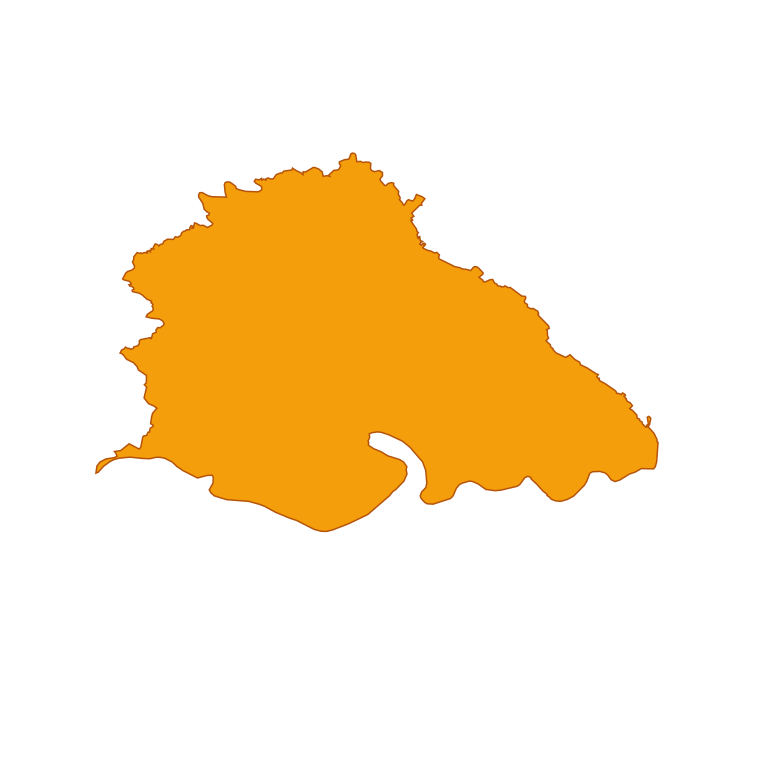 Magura, Khulna, Bangladesh, rotated 114°
{"feature_id": "16705992B78415132034426", "entity_name": "Magura", "entity_type": "district", "adm_level": 2, "iso_a3": "BGD", "parent_name": "Bangladesh", "parent_adm1": "Khulna", "projection": "equal_earth", "projection_center": [89.424, 23.47], "detail": "fine", "context": "isolated", "style": "filled", "palette": "amber", "viewbox_px": 768, "rotation_deg": 114, "n_neighbors": 0, "source": "geoboundaries", "source_scale": "gbopen_adm2", "svg_char_len": 6171}
<svg xmlns="http://www.w3.org/2000/svg" viewBox="0 0 768 768"><g transform="rotate(114 384 384)"><path d="M436.2,238.9L433.1,233.6L423.3,220.8L420.7,219.1L412.2,217.2L409.8,215.0L409.6,211.8L410.8,211.2L413.3,203.9L417.2,195.1L418.5,189.9L419.5,189.8L420.2,186.3L421.2,184.6L421.0,179.9L419.3,174.8L414.7,169.4L409.1,165.1L395.1,159.8L390.6,159.2L381.8,159.7L379.3,157.8L376.1,151.3L375.3,146.0L376.2,142.6L379.1,137.5L379.1,133.2L375.8,129.5L366.6,123.3L362.2,118.6L356.6,114.5L351.9,103.2L349.3,102.5L344.1,103.3L325.9,109.9L325.8,110.9L323.5,112.2L319.3,117.2L315.5,125.5L313.0,124.9L306.9,126.3L306.2,127.4L305.9,129.0L307.3,130.0L313.2,126.1L314.9,127.3L316.5,126.6L317.0,127.1L315.3,131.8L313.8,132.7L313.5,135.4L312.1,136.3L312.3,138.8L309.6,140.3L307.1,146.1L306.6,149.5L302.8,148.2L300.9,151.7L301.0,154.3L299.7,156.4L298.9,156.6L297.6,159.8L296.2,158.8L295.5,159.5L295.1,162.5L297.2,163.0L297.1,165.2L297.8,167.8L296.5,168.9L295.8,170.9L293.8,181.7L293.2,188.7L291.2,189.6L291.8,190.6L290.7,192.5L288.2,192.1L288.4,194.3L286.7,204.9L286.5,212.3L284.5,214.1L284.0,219.5L281.6,225.9L285.8,228.9L285.6,239.5L284.0,243.4L283.1,243.8L282.1,247.1L280.5,247.9L278.7,253.5L275.2,252.3L273.2,254.4L268.8,256.5L268.1,257.6L265.9,255.7L264.0,257.3L258.9,270.1L257.8,271.7L256.9,271.3L255.0,273.1L254.3,278.7L255.5,280.1L255.3,284.3L253.0,285.3L252.6,288.3L251.7,289.4L247.6,289.5L246.5,290.4L247.6,293.9L244.5,307.9L245.5,310.0L245.1,313.4L245.9,313.5L247.6,316.2L247.2,317.0L248.1,320.1L246.9,321.5L246.8,324.1L244.3,327.2L245.6,329.5L249.5,333.0L250.2,334.8L249.0,335.8L247.9,340.6L243.6,338.4L242.2,338.6L239.6,344.7L239.2,346.9L239.8,348.7L240.8,349.7L245.2,351.0L245.6,354.7L247.0,359.2L246.9,362.0L248.0,367.0L247.3,384.4L246.2,385.6L243.6,385.8L242.3,389.3L243.8,391.2L243.5,395.6L244.1,397.8L244.1,403.2L243.6,404.2L242.2,403.4L241.1,404.3L240.5,403.0L239.3,403.0L239.0,404.5L239.7,405.7L242.0,406.4L241.9,408.0L240.0,408.2L238.1,406.9L238.3,409.2L234.8,411.3L235.5,412.0L236.9,411.8L236.8,412.5L234.0,414.6L231.7,414.2L231.3,415.8L229.2,417.4L224.1,425.8L223.5,425.9L223.4,424.7L222.5,424.4L221.4,426.8L218.7,424.9L216.6,428.2L206.2,424.1L205.2,422.2L204.0,423.3L198.1,422.0L197.4,425.4L197.7,431.5L202.1,431.3L205.2,432.1L205.7,436.6L207.1,437.5L212.0,438.1L212.6,439.1L211.1,440.7L209.3,445.0L208.4,444.6L206.8,445.4L204.8,448.2L202.1,448.9L198.8,455.9L196.7,456.7L196.9,459.0L199.2,461.8L201.7,462.8L202.4,464.1L199.9,469.5L198.6,471.1L194.5,470.0L191.4,471.5L190.9,475.1L193.9,479.0L194.0,482.1L192.9,483.9L187.8,485.8L187.5,488.0L188.8,491.3L190.2,493.1L190.2,496.1L192.0,499.3L186.2,503.0L185.4,504.5L185.9,506.8L187.1,507.8L192.8,507.5L195.3,511.5L199.2,515.1L201.1,514.3L201.5,513.0L202.6,512.3L206.2,512.6L207.8,514.0L209.2,516.7L215.6,519.4L216.3,518.1L216.9,520.8L219.0,524.0L215.3,526.8L214.2,530.9L214.3,534.7L214.8,536.6L222.2,541.9L223.0,544.2L225.7,543.2L224.9,545.5L224.7,551.6L224.0,555.4L225.9,555.1L230.3,562.2L232.9,562.9L233.3,564.4L236.5,567.6L241.6,568.6L242.9,571.1L242.8,573.4L244.4,575.3L245.8,574.9L245.8,577.4L247.4,578.5L246.0,579.5L248.3,581.1L249.1,584.6L251.7,584.9L252.7,582.6L253.2,577.2L254.2,575.6L256.5,574.8L259.5,576.9L264.3,588.7L265.5,595.8L265.5,598.5L263.8,599.8L262.7,604.3L262.3,607.2L263.1,609.3L264.4,610.9L266.6,611.0L273.2,607.3L277.4,604.0L282.9,617.4L283.6,621.6L283.1,628.0L284.2,630.1L286.2,630.4L288.7,629.3L292.6,623.1L297.5,619.3L298.8,615.8L298.9,613.0L300.9,612.8L302.4,614.4L303.6,613.9L305.1,611.9L306.8,605.9L308.8,605.7L312.8,609.0L312.5,613.6L314.0,616.5L313.6,620.8L313.9,622.6L319.1,621.6L319.7,622.8L317.7,622.6L317.7,624.6L320.1,625.0L322.1,624.3L323.4,627.0L325.5,628.2L326.1,629.3L328.3,630.3L331.0,630.1L333.7,631.9L334.4,634.6L337.6,635.2L339.7,640.6L343.3,643.2L345.9,643.1L347.7,645.3L349.3,645.6L348.8,647.9L349.1,650.0L353.2,650.4L354.4,649.3L355.0,651.8L356.2,651.2L357.1,652.2L358.2,651.3L358.2,653.5L359.3,654.6L360.5,653.5L361.3,656.3L363.3,658.3L363.1,659.5L364.1,660.5L364.4,663.0L369.5,664.3L372.1,663.3L374.9,663.4L377.8,659.8L379.9,659.3L382.7,660.8L385.2,663.8L387.5,665.0L394.3,665.5L394.7,664.1L393.8,658.9L394.5,656.6L395.7,655.5L397.1,657.4L398.0,655.7L397.5,654.3L397.8,652.2L399.1,651.0L400.8,652.3L401.9,651.3L400.6,644.7L400.9,641.5L402.9,635.2L403.0,630.0L404.6,629.8L404.6,628.6L405.6,627.4L407.3,627.5L408.2,625.9L410.9,625.0L416.6,628.5L419.4,628.7L418.4,622.9L416.0,615.9L416.3,612.1L418.1,609.5L419.6,609.3L423.6,611.3L424.5,613.7L427.5,614.3L429.3,613.1L432.2,615.8L437.1,615.0L437.4,615.7L436.8,616.4L442.5,624.5L444.1,625.1L446.8,623.9L449.3,624.5L451.9,627.7L453.2,627.4L455.3,629.4L455.1,631.5L455.8,632.4L455.4,635.1L457.6,635.7L459.6,637.5L463.1,637.7L462.9,636.1L463.8,633.3L466.1,629.3L466.4,621.3L468.7,616.4L471.1,613.9L472.8,604.5L478.6,602.0L480.3,601.8L482.1,602.7L483.4,599.6L494.3,597.5L497.7,591.3L497.7,585.1L498.5,581.6L504.7,583.5L508.2,583.0L515.1,581.1L515.5,578.2L516.6,577.7L519.5,579.6L523.3,578.7L523.9,579.9L527.6,580.0L529.2,582.4L530.6,582.8L540.0,580.6L542.4,580.8L543.0,581.5L542.3,592.5L551.9,597.5L555.3,602.8L556.3,600.7L558.6,598.5L561.0,600.5L565.7,607.7L570.8,611.7L575.7,612.9L582.6,610.9L580.8,609.2L573.2,606.7L567.0,603.2L563.7,600.7L559.8,596.3L554.2,586.5L550.1,574.0L547.6,567.7L543.6,562.3L542.0,558.7L541.0,554.0L541.4,545.8L543.6,539.6L544.9,532.1L545.7,516.2L539.5,508.4L537.2,503.8L538.9,501.9L544.1,499.9L551.8,500.6L553.6,498.2L555.2,493.6L553.6,480.6L546.2,459.7L544.6,448.9L544.3,443.9L545.3,431.0L544.9,415.1L544.2,408.6L545.2,388.8L544.2,382.0L542.2,376.8L538.4,371.8L525.8,359.3L509.9,345.8L483.8,333.5L478.6,332.2L475.8,330.4L464.6,326.3L456.9,326.4L453.1,329.0L450.2,329.5L447.2,334.6L446.7,339.2L448.1,351.6L447.1,358.8L447.3,367.1L446.5,372.0L445.7,373.7L443.7,374.1L442.6,375.4L438.5,375.4L435.7,377.2L433.6,375.5L430.7,371.0L429.3,367.2L428.4,358.9L428.7,343.8L431.2,334.6L439.5,317.0L446.0,310.7L457.3,304.5L461.5,303.7L467.5,305.7L471.4,305.4L473.0,304.1L474.0,302.3L475.5,298.8L475.9,295.9L473.8,290.3L461.6,276.7L458.0,275.4L449.7,275.5L445.4,274.2L443.0,272.5L438.4,267.1L437.2,264.4L437.0,260.6L437.1,256.8L438.9,248.1L436.2,238.9Z" fill="#f59e0b" stroke="#b45309" stroke-width="1.5"/></g></svg>